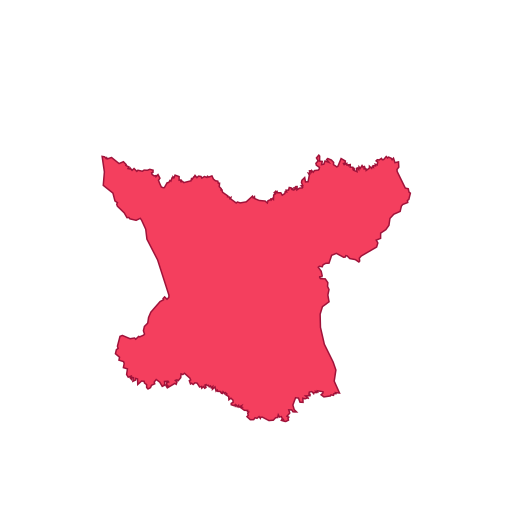 outline of Phen, Udon Thani, Thailand, rotated 62°
{"feature_id": "78962969B52951901004479", "entity_name": "Phen", "entity_type": "district", "adm_level": 2, "iso_a3": "THA", "parent_name": "Thailand", "parent_adm1": "Udon Thani", "projection": "albers", "projection_center": [102.939, 17.684], "detail": "fine", "context": "isolated", "style": "filled", "palette": "rose", "viewbox_px": 512, "rotation_deg": 62, "n_neighbors": 0, "source": "geoboundaries", "source_scale": "gbopen_adm2", "svg_char_len": 6145}
<svg xmlns="http://www.w3.org/2000/svg" viewBox="0 0 512 512"><g transform="rotate(62 256 256)"><path d="M416.2,246.6L403.2,245.7L394.2,239.0L386.0,237.7L366.0,237.1L349.3,232.6L337.5,226.7L331.9,221.1L330.7,213.0L324.2,210.9L319.9,207.3L316.4,207.1L313.3,205.1L308.7,205.6L306.3,209.7L304.9,209.9L304.2,209.5L305.2,207.5L304.4,206.8L300.1,205.6L295.1,206.3L294.8,204.9L296.6,202.6L295.2,200.8L295.2,197.9L296.6,194.9L290.9,188.9L291.4,183.8L298.3,179.2L298.8,177.6L297.8,176.5L298.6,175.5L302.3,174.4L305.8,170.0L309.6,168.0L309.1,166.8L306.4,165.8L305.4,163.0L304.7,145.3L301.7,142.3L298.4,142.4L298.9,137.7L294.3,135.2L293.7,129.0L291.3,124.2L285.7,120.1L283.8,114.7L284.3,107.8L280.2,104.2L279.4,102.3L280.0,96.9L278.1,96.3L277.8,94.5L273.0,90.2L271.3,90.9L268.1,90.0L266.1,92.3L247.7,91.7L245.8,90.9L244.6,88.2L239.8,86.0L238.8,89.5L234.2,88.7L234.9,90.6L233.4,90.6L230.9,92.5L231.2,93.8L229.3,94.3L230.8,98.1L230.3,99.3L228.7,99.4L229.0,102.1L227.9,103.7L228.4,105.3L230.2,104.4L232.5,106.3L230.9,107.7L232.5,108.2L231.3,110.1L232.8,110.7L231.7,111.3L232.9,112.7L230.0,113.7L231.6,114.6L232.2,118.6L230.6,118.0L229.5,120.4L230.1,118.9L228.7,118.2L227.7,118.4L227.9,119.8L225.9,119.9L227.6,122.9L225.6,123.2L227.9,124.7L225.9,125.0L225.8,126.1L229.0,127.2L226.3,129.4L225.6,128.2L224.4,128.4L224.7,129.5L223.1,128.9L221.8,131.1L219.8,130.0L219.7,132.5L219.1,131.0L218.4,133.0L216.8,132.3L216.7,135.3L215.4,135.3L215.9,133.8L214.1,132.5L209.9,135.1L215.2,141.5L215.3,142.8L211.7,144.7L209.8,143.5L206.6,144.4L203.6,146.9L204.0,148.3L207.6,147.7L204.5,150.4L206.8,153.1L206.1,155.2L203.6,153.1L202.1,155.3L197.7,152.9L196.4,153.2L197.8,156.6L201.2,156.5L202.3,159.6L204.1,160.1L207.6,158.4L209.0,159.5L209.4,160.7L208.0,164.3L208.9,166.2L206.7,166.7L207.7,167.7L206.4,167.7L205.9,168.8L208.6,169.6L207.4,170.9L209.6,170.9L214.9,175.2L213.8,177.5L209.6,176.2L210.7,179.9L212.5,181.4L215.6,181.6L215.3,183.1L217.0,182.3L217.6,183.1L216.5,185.7L216.8,188.8L214.0,187.1L213.4,188.2L214.0,190.1L215.2,189.2L215.5,191.7L214.7,192.5L213.7,191.7L213.8,193.1L212.3,193.0L211.1,194.5L213.1,196.3L212.0,198.6L213.8,198.9L212.9,200.0L214.4,201.3L214.6,204.3L211.8,204.4L210.3,207.3L209.0,207.1L209.4,208.3L208.1,208.2L208.7,210.2L210.2,209.6L210.4,211.7L214.2,214.0L212.9,214.4L213.6,216.1L212.1,215.6L213.1,216.6L212.8,219.4L214.5,221.1L211.8,222.1L208.4,227.2L204.7,230.2L202.9,229.5L203.4,231.2L201.5,231.0L203.6,239.2L201.7,245.0L199.6,247.1L199.9,248.6L193.6,251.6L192.7,250.8L192.9,252.1L191.6,251.7L190.3,253.3L189.7,252.7L184.0,255.6L181.6,255.0L181.3,255.8L180.2,255.1L177.5,255.9L174.6,254.0L174.0,255.1L172.0,254.6L170.5,256.5L168.1,257.5L164.6,257.3L164.1,260.7L162.8,261.4L163.6,262.5L161.6,264.2L161.8,267.2L160.0,267.2L158.5,269.2L159.1,271.4L156.2,272.0L156.9,273.2L157.6,272.5L156.9,273.8L158.3,276.4L157.5,276.7L159.1,278.1L157.3,285.3L155.6,285.8L155.4,286.8L154.5,286.5L154.7,287.3L153.5,286.9L153.0,288.3L149.8,286.6L146.6,289.5L148.3,291.5L147.1,292.1L148.1,292.5L147.5,293.3L149.9,296.0L148.9,296.5L150.1,298.5L149.6,300.1L152.6,304.8L152.2,305.8L150.7,307.2L146.9,307.0L143.4,306.6L142.2,304.3L138.1,304.3L139.0,307.0L138.0,306.7L137.5,308.3L135.2,309.5L133.5,309.1L133.8,307.7L131.9,306.6L129.6,309.1L129.3,311.7L127.6,314.5L127.8,316.6L124.8,320.0L125.3,321.5L121.5,322.6L122.2,325.2L119.2,325.8L119.9,326.5L118.7,328.0L117.6,326.5L114.9,328.4L114.3,327.7L110.5,328.8L110.1,333.5L101.2,337.3L100.4,341.8L99.1,341.7L99.4,342.6L97.4,343.1L95.8,345.1L110.6,350.4L121.9,357.7L133.3,352.8L141.2,354.7L143.9,353.3L144.9,354.7L147.0,355.0L156.0,352.1L161.6,351.9L162.3,350.2L164.0,349.9L168.2,345.1L168.4,340.5L170.7,340.2L180.6,340.8L189.9,344.4L213.2,344.7L249.8,351.3L251.6,352.4L252.4,354.9L249.2,355.9L250.0,358.1L251.2,358.2L251.2,362.1L256.2,375.2L259.8,379.7L264.4,383.1L265.8,387.6L269.1,390.5L272.6,391.1L273.1,392.4L272.8,396.6L271.9,397.3L273.0,401.3L271.4,401.7L269.9,406.0L263.4,411.3L263.1,413.8L270.6,420.7L272.8,421.1L273.2,423.3L276.3,426.0L281.3,424.0L283.6,425.9L287.1,422.5L289.1,422.9L292.3,425.5L295.3,422.5L299.9,425.9L303.0,425.7L303.4,422.8L304.6,424.3L306.4,423.9L304.7,422.5L305.8,421.4L308.8,423.5L309.0,420.6L307.5,419.8L308.9,418.3L313.9,420.7L312.7,415.8L314.1,413.6L315.7,414.1L318.2,413.0L320.8,414.3L322.7,413.8L322.7,411.0L321.1,409.0L321.3,405.4L319.5,405.0L318.2,402.1L322.2,400.2L327.1,400.0L327.2,397.1L323.8,395.7L325.2,392.5L326.2,392.3L326.0,394.6L327.9,395.1L327.4,396.4L329.6,394.6L329.1,396.3L330.8,396.2L330.4,387.4L331.8,386.7L330.1,384.9L328.0,385.6L328.2,383.9L329.6,383.2L328.1,379.6L324.9,377.5L326.3,376.3L326.0,374.2L332.8,371.7L334.8,371.9L334.8,373.4L338.2,373.9L338.1,372.6L339.9,371.8L339.3,369.4L340.6,367.7L345.2,367.3L345.6,365.3L347.2,365.9L346.7,363.6L348.7,363.4L348.6,361.9L346.0,361.7L346.1,360.3L347.5,360.0L347.8,358.8L349.6,358.7L349.4,357.2L351.4,357.4L350.9,355.4L353.2,356.9L352.4,353.7L356.6,354.7L356.2,353.2L357.6,353.3L358.8,351.2L360.5,351.0L359.9,350.0L361.0,350.7L361.7,350.1L360.4,348.8L362.7,348.3L362.2,347.2L364.1,346.5L364.3,347.8L367.3,346.1L370.2,347.4L369.8,344.9L372.5,344.0L374.4,344.9L374.5,347.1L375.7,347.7L377.9,345.6L377.6,344.2L378.8,344.6L378.4,343.5L380.3,343.4L379.7,341.5L381.4,342.0L381.4,339.0L382.0,340.0L383.0,339.3L382.9,340.6L386.8,338.7L388.4,335.9L389.4,336.6L390.3,335.7L391.1,337.2L393.0,337.6L393.6,339.4L397.9,337.9L399.4,334.9L398.4,332.7L399.8,331.3L399.2,328.7L401.4,328.4L400.6,327.5L401.2,326.1L407.4,321.8L409.1,317.8L408.0,314.5L408.8,312.7L406.7,310.9L409.2,310.9L409.7,309.0L412.0,309.2L413.0,310.8L414.1,309.7L413.5,308.6L415.1,308.8L416.1,307.4L416.2,304.4L414.3,303.9L413.7,302.7L412.0,303.9L410.5,299.9L407.2,299.3L408.7,296.7L411.0,296.5L412.7,293.4L409.6,294.4L404.9,293.4L399.7,287.6L401.4,285.2L405.7,285.8L407.3,283.2L403.6,281.4L405.1,279.8L405.5,276.9L406.8,276.3L402.8,277.9L404.7,273.9L403.5,273.2L402.8,274.1L401.2,272.8L401.9,270.4L404.6,269.7L403.8,268.9L404.9,266.9L403.6,266.9L405.1,265.4L403.8,265.1L407.3,260.6L408.4,261.2L409.1,263.7L412.3,262.2L414.5,256.0L413.8,255.0L415.4,253.0L414.2,252.0L415.0,250.1L413.9,250.0L416.2,246.6Z" fill="#f43f5e" stroke="#9f1239" stroke-width="1.5"/></g></svg>